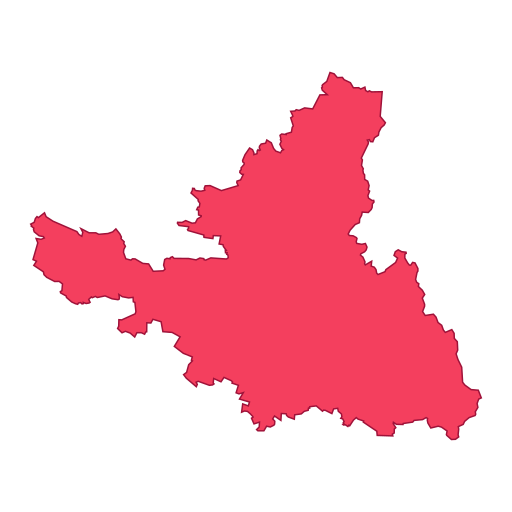 outline of Boyle Lea-6, Roscommon, Ireland
{"feature_id": "5873133B69148251137192", "entity_name": "Boyle Lea-6", "entity_type": "district", "adm_level": 2, "iso_a3": "IRL", "parent_name": "Ireland", "parent_adm1": "Roscommon", "projection": "orthographic", "projection_center": [-8.266, 53.929], "detail": "fine", "context": "isolated", "style": "filled", "palette": "rose", "viewbox_px": 512, "rotation_deg": 0, "n_neighbors": 0, "source": "geoboundaries", "source_scale": "gbopen_adm2", "svg_char_len": 6051}
<svg xmlns="http://www.w3.org/2000/svg" viewBox="0 0 512 512"><path d="M321.6,87.8L322.3,90.2L327.3,94.7L319.9,94.9L312.7,108.9L304.6,107.9L299.1,110.4L296.2,109.7L294.9,111.0L290.7,111.3L292.6,115.3L292.8,116.5L290.7,117.8L293.3,125.9L292.2,127.4L291.4,132.2L286.1,133.7L286.2,134.5L281.7,134.0L280.0,135.3L280.8,138.5L280.4,139.8L281.3,141.2L279.9,144.3L281.8,148.3L283.5,149.7L281.8,150.5L280.5,152.8L275.8,151.1L273.6,148.4L271.3,142.8L266.8,140.0L265.6,143.2L261.2,144.0L259.5,146.2L259.3,147.8L260.3,150.0L259.2,150.6L258.0,149.7L257.2,150.9L257.0,153.7L253.9,154.6L253.9,152.8L252.5,149.7L249.6,148.0L245.0,154.7L242.6,160.4L242.8,161.9L244.2,163.1L244.1,164.4L241.1,167.8L241.2,169.7L240.0,170.8L239.8,172.5L241.6,174.2L243.3,174.4L240.6,179.9L237.0,181.1L236.8,182.7L238.2,185.6L221.4,190.6L210.1,185.6L205.2,185.8L204.2,188.3L204.8,190.3L201.0,191.2L196.0,190.6L194.5,189.6L194.4,188.5L192.6,188.3L192.4,190.3L191.0,193.0L198.2,199.4L198.1,200.8L199.9,203.4L199.3,206.9L197.8,207.2L196.7,209.7L198.5,210.1L198.6,215.0L201.2,215.7L201.2,216.6L197.4,218.9L195.4,222.8L192.1,223.2L185.7,220.6L182.1,222.4L177.6,222.3L177.4,223.2L179.0,225.5L188.6,226.7L188.5,228.4L187.5,229.5L188.0,230.5L203.8,235.0L203.9,237.2L204.4,237.4L212.9,238.6L213.3,235.6L220.7,235.9L219.1,244.0L223.0,244.7L223.4,246.5L226.2,250.3L225.3,250.3L225.5,252.8L227.1,252.8L226.7,254.3L227.9,255.0L228.3,257.7L226.5,259.0L210.8,257.9L205.7,260.1L204.1,259.7L203.8,258.6L199.9,258.0L196.1,259.9L188.6,258.5L174.1,258.4L172.4,256.7L170.3,257.6L170.0,258.8L166.9,258.3L164.7,259.5L163.6,265.1L165.0,269.3L163.2,270.8L153.2,271.3L148.6,263.9L142.8,263.4L135.1,258.9L132.5,258.8L130.9,260.1L125.8,258.8L123.5,252.4L123.8,249.5L125.4,246.3L123.7,243.4L124.2,241.8L121.4,239.1L121.0,238.3L121.4,237.1L119.8,233.9L115.9,228.9L112.7,231.9L108.0,233.5L98.8,234.3L95.8,232.8L89.1,232.8L80.9,228.6L82.8,232.3L81.8,236.3L78.9,234.5L76.9,231.6L53.0,221.2L46.1,216.7L44.5,212.8L38.4,217.6L37.0,216.6L35.4,218.5L34.2,222.3L30.7,224.1L31.6,225.4L31.2,226.1L33.8,228.1L33.5,229.5L34.2,231.8L39.1,235.8L43.4,236.6L44.3,238.0L41.1,239.3L36.1,238.5L37.8,242.9L33.0,259.6L36.5,261.2L33.8,265.4L43.4,271.8L44.0,274.7L46.8,277.4L54.7,281.5L59.1,281.4L62.5,283.9L61.9,290.7L60.3,291.6L60.6,292.9L66.2,296.0L66.5,297.5L71.7,302.0L75.4,303.7L77.7,304.3L78.4,303.0L80.6,302.6L82.0,303.9L83.4,303.6L83.3,302.4L86.1,303.5L89.1,303.0L90.1,302.3L88.7,299.4L91.3,297.0L92.2,297.7L95.4,296.4L97.3,297.5L105.1,295.9L112.0,298.8L118.0,299.7L119.1,299.2L119.4,297.8L118.9,294.5L122.3,296.7L128.6,297.9L133.1,297.4L133.3,301.8L134.9,302.4L135.9,311.6L135.2,313.8L121.7,319.9L118.9,319.7L118.7,326.2L117.6,328.5L122.0,332.8L125.4,331.3L130.2,333.1L134.7,337.0L136.9,332.7L141.3,332.7L144.6,334.2L145.7,332.0L146.7,331.8L146.8,322.8L150.9,323.0L152.9,319.3L161.1,321.7L162.9,331.7L172.1,332.4L180.1,336.8L174.3,346.4L183.3,353.3L192.3,356.9L191.4,360.3L192.4,360.9L188.7,364.7L186.6,372.4L183.6,374.6L186.3,378.2L196.3,386.7L197.3,384.4L196.1,382.2L198.2,381.3L209.4,385.3L212.6,384.9L214.0,383.9L213.2,383.0L213.7,378.5L221.0,381.8L224.0,377.4L231.3,380.7L232.5,381.9L232.0,383.1L238.4,385.3L236.1,392.8L239.0,393.9L243.3,392.6L239.5,399.1L249.5,402.0L248.3,405.9L242.7,403.9L241.6,412.2L244.5,411.0L247.5,411.4L250.2,413.7L252.8,416.5L253.0,417.2L251.5,418.2L254.0,423.9L259.5,422.1L259.2,427.0L256.6,429.6L257.9,430.8L263.9,430.8L266.6,426.2L270.3,427.0L273.9,425.2L274.6,424.2L274.8,421.2L272.7,418.9L274.5,416.0L280.9,420.4L281.3,413.5L286.2,413.8L286.6,415.4L288.3,417.0L294.3,419.2L294.7,414.8L301.3,413.9L304.3,411.3L308.2,410.3L308.5,408.1L309.7,408.1L309.7,406.7L316.3,405.9L322.5,411.2L323.7,410.1L325.5,410.4L331.9,413.6L333.6,408.9L337.7,408.3L338.3,411.3L341.4,413.9L341.9,416.8L340.8,418.3L342.7,418.9L344.1,421.6L343.3,422.5L343.9,423.8L342.8,424.3L343.5,425.0L345.4,424.8L347.9,426.5L348.9,425.2L349.7,425.8L353.5,420.0L356.3,417.6L358.0,419.1L363.7,421.0L363.3,422.1L376.8,431.2L377.2,435.4L392.8,435.9L392.3,434.2L394.2,433.0L394.3,429.0L395.8,427.7L393.2,423.6L393.4,422.3L396.4,424.3L403.0,424.5L403.2,423.5L412.7,422.1L414.1,420.4L422.6,419.6L426.1,417.6L427.6,418.5L427.3,420.3L427.9,423.1L430.8,428.0L438.2,426.2L441.5,427.1L447.1,431.0L446.4,434.6L446.8,435.4L451.4,439.5L455.5,439.3L458.7,436.9L458.1,434.8L458.7,429.1L458.3,426.6L463.2,424.4L464.6,421.4L469.1,417.6L475.1,415.5L475.7,414.2L475.3,411.8L477.9,407.4L477.1,403.5L478.7,399.1L481.3,397.9L478.3,390.2L471.1,389.6L464.9,385.1L462.6,382.2L461.7,367.2L457.9,359.4L456.1,353.8L457.7,350.1L457.3,341.7L454.3,338.4L454.1,333.3L451.8,329.6L445.3,332.4L443.4,330.1L441.7,325.3L438.0,322.5L436.0,317.1L433.4,314.2L425.2,315.5L422.6,311.6L424.6,306.2L424.6,304.3L422.3,298.1L424.7,294.5L422.3,290.2L418.4,286.5L418.8,283.7L416.7,282.3L415.6,279.5L417.0,272.5L417.9,271.1L417.9,268.5L415.0,262.9L412.6,262.4L410.7,265.2L409.4,265.1L407.7,263.0L404.8,258.0L404.9,254.1L406.2,253.4L406.0,252.2L401.7,251.7L398.2,249.8L395.3,251.7L394.0,255.4L397.6,258.1L395.6,262.5L385.9,269.6L385.0,271.7L378.0,274.5L376.7,273.2L376.0,269.6L374.3,267.2L371.2,266.1L371.7,261.2L365.3,264.9L364.6,263.7L365.0,261.9L362.9,257.1L360.4,255.1L360.8,253.8L364.6,251.8L366.2,249.9L367.0,247.1L365.4,243.5L361.8,244.3L356.7,243.4L356.2,241.7L357.0,238.5L356.4,237.6L353.1,235.8L349.3,235.5L348.2,234.0L350.1,230.2L355.2,224.5L359.4,222.7L359.7,218.8L361.6,215.3L362.2,212.1L368.3,212.5L371.2,209.5L372.1,207.6L372.4,203.9L374.0,202.0L373.7,200.4L372.1,200.5L368.5,198.1L367.9,195.6L369.6,191.1L368.2,189.9L369.1,185.6L367.7,181.2L364.7,179.4L364.6,174.8L363.4,173.3L362.9,170.1L363.3,168.8L361.5,165.5L362.4,159.9L361.3,158.1L368.2,143.8L368.4,141.9L367.3,140.1L369.4,139.6L370.4,141.6L372.8,141.8L374.5,137.7L378.4,135.2L378.9,132.0L381.1,127.7L384.2,125.0L385.4,122.7L380.2,116.4L382.2,91.7L371.6,91.9L369.3,90.8L367.9,91.8L365.6,90.5L364.9,87.1L360.7,89.0L358.7,87.7L353.4,87.8L350.4,82.7L344.1,79.7L342.4,77.4L337.3,77.6L334.1,73.8L330.0,72.5L326.8,81.4L322.7,84.6L322.1,85.5L322.4,87.1L321.6,87.8Z" fill="#f43f5e" stroke="#9f1239" stroke-width="1.5"/></svg>